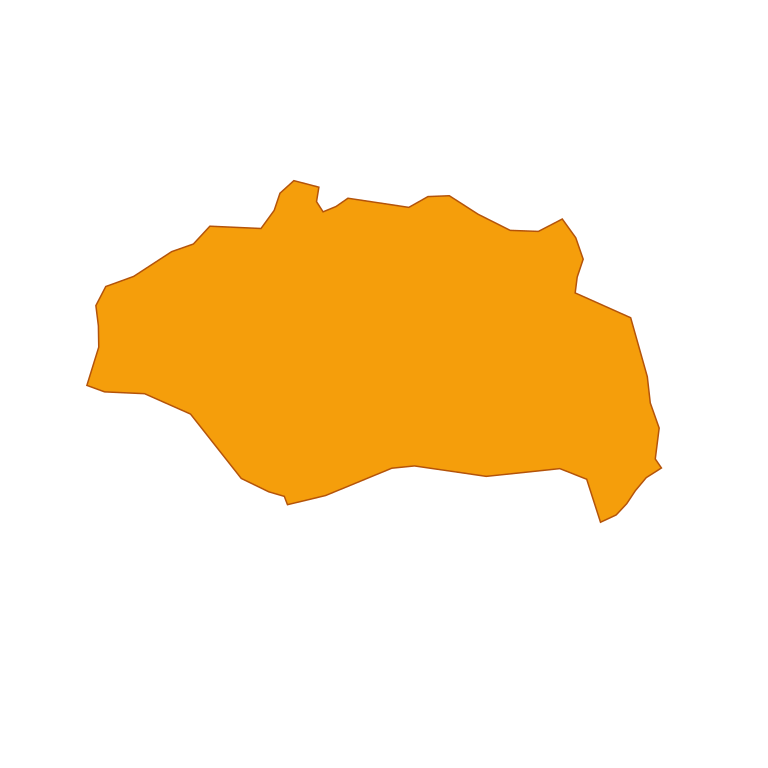 the border of Rutana, rotated 54°
{"feature_id": "BDI-2634", "entity_name": "Rutana", "entity_type": "Province", "adm_level": 1, "iso_a3": "BDI", "parent_name": "Burundi", "parent_adm1": "", "projection": "orthographic", "projection_center": [30.114, -3.886], "detail": "fine", "context": "isolated", "style": "filled", "palette": "amber", "viewbox_px": 768, "rotation_deg": 54, "n_neighbors": 0, "source": "natural_earth", "source_scale": "10m", "svg_char_len": 842}
<svg xmlns="http://www.w3.org/2000/svg" viewBox="0 0 768 768"><g transform="rotate(54 384 384)"><path d="M615.0,208.9L613.9,226.9L618.0,243.2L623.5,258.0L626.4,273.1L623.1,290.1L580.2,276.0L555.8,291.5L518.8,355.6L468.2,407.5L456.7,427.2L439.9,496.8L424.9,533.0L424.4,532.9L416.3,530.7L403.5,540.6L376.5,555.0L294.6,558.2L251.1,583.4L226.1,614.7L210.5,625.2L186.5,593.1L169.1,580.9L151.2,571.0L141.6,551.8L149.8,523.3L152.1,478.0L158.7,455.9L154.0,432.1L185.9,392.1L179.0,370.8L168.5,356.0L166.5,337.4L186.5,321.0L196.8,331.4L208.9,332.1L212.2,318.5L212.5,304.0L255.7,260.1L258.2,238.3L270.1,220.5L302.2,208.0L333.9,191.6L351.3,169.4L355.3,142.8L378.4,142.9L400.1,149.5L411.1,164.9L422.7,175.8L475.4,145.5L532.9,166.7L555.8,179.7L581.4,187.3L604.1,208.6L614.5,208.9L615.0,208.9Z" fill="#f59e0b" stroke="#b45309" stroke-width="1.5"/></g></svg>